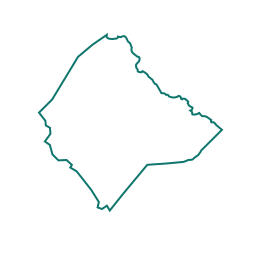 Highland, Virginia, United States of America (Mercator projection), rotated 110°
{"feature_id": "52423323B76266562550307", "entity_name": "Highland", "entity_type": "district", "adm_level": 2, "iso_a3": "USA", "parent_name": "United States of America", "parent_adm1": "Virginia", "projection": "mercator", "projection_center": [-79.655, 38.386], "detail": "fine", "context": "isolated", "style": "outline", "palette": "teal", "viewbox_px": 256, "rotation_deg": 110, "n_neighbors": 0, "source": "geoboundaries", "source_scale": "gbopen_adm2", "svg_char_len": 1691}
<svg xmlns="http://www.w3.org/2000/svg" viewBox="0 0 256 256"><g transform="rotate(110 128 128)"><path d="M47.7,179.8L62.1,190.0L78.2,199.3L127.1,209.0L144.0,216.9L149.5,208.1L153.7,206.1L154.5,201.4L160.0,198.9L169.1,201.5L170.6,195.7L178.7,189.9L182.2,182.3L179.1,174.8L181.9,168.1L184.9,168.7L186.3,161.4L198.7,141.4L207.5,130.1L213.0,129.4L213.0,124.7L208.2,121.3L211.8,116.9L192.1,110.3L156.0,97.3L148.2,79.7L140.8,64.1L137.3,60.2L136.9,59.4L136.8,58.7L135.6,56.7L135.4,56.5L135.1,56.3L133.7,55.7L129.3,52.7L125.6,51.7L123.8,51.4L97.6,39.1L95.2,45.7L94.5,47.1L94.1,47.3L93.3,49.6L93.6,50.1L94.1,51.7L93.0,52.5L92.1,52.4L90.7,57.3L90.6,59.9L91.5,62.2L90.9,63.9L89.5,66.3L89.9,66.8L90.6,67.1L91.6,68.2L92.9,70.7L93.2,72.0L92.7,72.6L91.9,72.8L91.3,73.2L90.9,73.6L90.8,74.0L90.3,75.4L89.1,74.2L87.0,74.2L86.5,75.2L86.5,76.8L86.1,78.2L84.3,80.4L83.3,80.2L82.9,80.3L82.2,81.3L81.1,84.3L81.3,85.4L81.8,86.8L82.5,87.0L82.3,88.2L81.8,88.4L80.6,89.5L80.4,90.0L80.7,91.8L81.8,92.2L83.3,94.5L84.1,96.6L84.2,97.4L84.3,100.2L84.0,100.6L83.2,102.0L83.8,103.7L83.2,104.9L83.1,106.3L83.4,107.3L83.7,107.8L83.8,108.5L78.1,115.2L77.2,116.8L77.3,117.9L75.9,119.9L74.4,121.4L72.6,126.6L71.4,127.6L70.2,130.6L69.6,133.6L70.0,134.1L70.9,134.3L71.2,134.7L71.6,136.7L71.6,137.7L71.5,138.0L71.1,138.4L70.4,138.6L69.4,139.3L68.6,140.8L66.5,141.9L65.3,142.0L61.5,140.5L60.8,140.4L58.5,140.9L57.5,142.2L57.8,143.3L56.6,147.2L55.5,149.9L53.4,151.6L51.2,151.9L47.6,155.1L47.0,157.0L46.5,157.9L45.0,159.3L43.4,161.2L43.0,162.4L43.0,163.1L43.8,164.6L45.0,165.9L45.3,166.7L45.5,168.7L47.1,168.7L47.9,169.5L49.9,173.4L50.6,176.8L50.1,178.8L49.7,179.3L47.7,179.8Z" fill="none" stroke="#0f766e" stroke-width="2"/></g></svg>